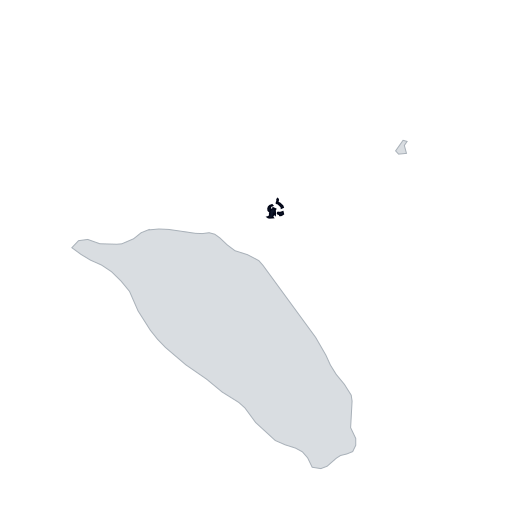 Taiwan, with Penghu highlighted, rotated 115°
{"feature_id": "TWN-3414", "entity_name": "Penghu", "entity_type": "County", "adm_level": 1, "iso_a3": "TWN", "parent_name": "Taiwan", "parent_adm1": "", "projection": "orthographic", "projection_center": [119.557, 23.598], "detail": "fine", "context": "in_parent", "style": "filled", "palette": "ink", "viewbox_px": 512, "rotation_deg": 115, "n_neighbors": 0, "source": "natural_earth", "source_scale": "10m", "svg_char_len": 1964}
<svg xmlns="http://www.w3.org/2000/svg" viewBox="0 0 512 512"><g transform="rotate(115 256 256)"><path d="M341.5,355.7L335.8,367.6L331.3,380.3L329.5,392.1L329.7,404.4L328.5,415.4L326.3,426.4L317.1,423.3L312.1,415.5L310.9,402.7L304.2,387.2L301.7,382.8L292.1,374.2L283.4,369.9L276.7,363.6L277.6,364.1L272.6,355.5L268.8,346.3L261.0,320.3L258.3,314.0L254.7,308.3L253.7,302.6L254.9,296.3L258.1,286.8L260.1,277.3L258.4,264.3L259.0,251.5L261.5,245.8L304.6,167.5L316.3,150.8L323.4,142.5L329.4,133.3L335.0,121.6L341.9,110.9L346.9,107.6L371.6,97.7L379.2,88.5L385.4,85.6L392.4,85.7L397.0,90.0L401.1,95.1L405.4,97.8L416.5,102.7L421.3,107.4L423.7,115.8L417.1,123.9L413.9,131.1L413.4,139.0L414.8,149.7L415.1,160.5L407.1,185.9L398.4,201.8L396.0,209.7L393.6,229.2L388.5,248.8L384.3,273.6L377.2,299.3L373.1,310.0L368.0,320.3L355.6,339.7L341.5,355.7ZM99.4,163.0L103.4,169.8L101.7,173.9L89.0,171.6L88.3,167.5L93.1,168.3L99.4,163.0Z" fill="#d9dde1" stroke="#a8b0b8" stroke-width="1"/><path d="M214.0,256.6L215.7,259.7L216.1,261.1L215.9,262.2L215.3,261.5L214.3,260.9L213.3,260.7L212.0,261.5L211.0,261.6L210.5,261.9L210.2,262.4L209.8,263.8L209.6,264.2L207.9,265.2L206.2,265.4L204.5,264.8L202.8,263.1L203.2,262.2L204.2,263.3L205.6,263.6L207.1,263.2L208.4,262.2L207.5,261.9L206.8,261.4L206.3,260.9L205.8,260.1L205.6,260.4L205.6,260.5L205.1,260.8L205.1,259.4L205.1,258.0L205.8,258.0L206.5,258.1L209.1,256.5L210.8,255.9L210.3,257.5L210.1,258.0L211.6,257.5L212.7,257.6L213.5,257.6L214.0,256.6ZM198.1,256.6L199.3,253.0L200.4,251.9L201.9,253.2L201.0,253.7L200.4,255.0L199.4,258.0L199.4,258.8L199.6,259.4L199.5,259.9L198.4,260.1L197.7,260.1L197.1,260.2L196.7,260.4L196.2,260.8L194.9,260.8L195.1,260.0L195.6,259.6L196.2,259.4L197.1,259.3L197.9,259.0L198.1,258.3L198.1,256.6ZM207.0,254.2L206.7,253.0L206.0,251.9L204.5,250.4L206.4,248.9L207.6,249.6L208.7,250.5L209.2,251.6L208.3,252.4L208.7,253.7L208.2,254.5L207.4,254.7L207.0,254.2Z" fill="#0f172a" stroke="#020617" stroke-width="1.5"/></g></svg>